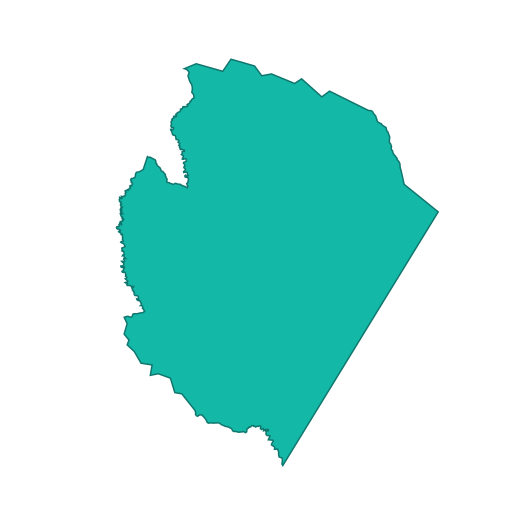 the district of Tarauacá, Acre, Brazil, rotated 114°
{"feature_id": "56859067B77196196599270", "entity_name": "Tarauacá", "entity_type": "district", "adm_level": 2, "iso_a3": "BRA", "parent_name": "Brazil", "parent_adm1": "Acre", "projection": "robinson", "projection_center": [-71.381, -8.261], "detail": "fine", "context": "isolated", "style": "filled", "palette": "teal", "viewbox_px": 512, "rotation_deg": 114, "n_neighbors": 0, "source": "geoboundaries", "source_scale": "gbopen_adm2", "svg_char_len": 6143}
<svg xmlns="http://www.w3.org/2000/svg" viewBox="0 0 512 512"><g transform="rotate(114 256 256)"><path d="M75.5,255.9L83.9,260.6L75.6,286.4L82.7,290.9L83.4,315.9L89.0,324.1L83.0,334.6L86.4,358.9L100.8,361.5L104.7,388.8L114.0,397.6L113.8,396.3L113.9,394.7L114.6,393.1L115.5,392.1L116.3,391.4L118.1,391.6L119.5,391.1L123.3,387.6L124.8,385.7L125.2,384.8L126.8,383.5L128.7,382.3L129.6,382.2L130.0,381.7L132.5,381.3L134.1,378.5L136.9,376.9L138.3,378.1L140.3,378.5L140.9,378.2L141.5,379.1L142.7,378.8L144.2,379.3L144.6,379.9L145.2,379.7L145.7,380.5L146.9,379.5L147.5,379.7L148.4,381.8L149.2,382.1L149.1,383.3L149.8,383.5L151.3,383.2L152.6,384.7L153.5,384.1L155.3,384.4L156.6,385.8L157.7,386.3L158.7,386.3L159.1,386.9L159.9,386.3L160.4,385.5L161.2,385.7L161.5,386.2L161.2,387.1L162.0,388.0L163.2,387.1L163.9,387.9L165.3,388.5L165.8,387.6L167.5,388.2L168.6,387.9L169.1,387.1L172.0,386.6L172.8,385.6L172.3,383.5L173.5,383.2L174.3,383.2L174.7,383.9L174.5,384.7L175.0,385.5L175.5,385.2L176.7,383.5L179.0,381.6L179.2,380.5L178.8,378.8L179.3,378.2L182.0,376.4L181.6,374.5L181.8,373.6L182.4,373.3L183.8,373.5L184.3,371.3L186.4,371.5L186.5,370.3L187.1,370.0L187.7,370.2L188.2,369.8L188.6,368.2L189.4,368.4L189.4,367.7L188.7,367.1L188.5,364.9L188.7,364.3L189.6,364.0L190.1,365.2L190.8,365.9L192.2,365.1L193.7,365.5L193.9,363.2L195.6,362.6L196.4,363.0L197.5,362.7L197.2,361.7L196.1,360.4L195.8,359.3L196.4,358.7L198.2,358.3L199.8,360.1L200.6,360.1L201.7,358.3L202.5,357.7L203.1,357.5L203.8,358.1L204.7,357.7L205.2,356.0L205.9,355.6L206.9,355.7L208.3,356.5L209.1,356.0L207.8,354.1L207.5,353.0L209.3,351.8L210.0,350.6L210.8,351.1L211.2,352.3L210.7,353.2L211.3,353.6L211.9,353.5L212.7,352.7L212.0,350.0L213.8,348.8L215.5,348.5L216.3,347.9L217.9,348.8L219.4,347.5L219.7,346.6L221.7,346.7L221.4,348.7L221.7,352.9L221.3,353.7L221.5,355.1L222.2,356.8L222.2,358.6L222.6,359.4L223.9,360.4L224.2,361.0L224.5,364.5L224.3,365.1L224.8,366.7L224.7,367.7L221.9,368.5L221.1,369.9L220.0,370.7L219.7,371.5L218.4,371.9L216.7,375.6L216.9,377.0L214.6,379.3L213.5,382.9L212.6,384.1L211.9,384.4L211.7,385.3L209.9,386.3L209.2,387.1L208.8,392.9L209.7,394.7L209.4,395.6L222.8,394.2L225.5,396.0L227.2,397.7L227.9,399.0L228.6,399.4L230.6,399.3L231.6,398.8L233.1,398.5L235.3,400.1L235.7,401.1L236.2,401.4L237.0,401.6L237.7,401.3L237.9,400.5L238.4,400.0L239.3,400.2L240.0,398.3L242.3,398.0L242.3,398.9L242.9,399.6L243.7,398.9L244.3,399.4L245.2,398.4L247.5,400.2L247.9,399.5L249.4,402.0L250.1,401.8L250.7,400.5L251.8,401.1L253.2,400.1L255.1,400.5L255.2,401.3L255.8,401.7L256.2,403.1L257.0,402.2L258.2,402.0L258.2,402.9L257.7,403.8L257.8,404.5L259.3,403.7L260.0,403.9L261.7,402.8L261.6,401.2L262.7,401.3L263.4,399.9L264.2,400.6L265.0,400.3L265.9,398.7L265.6,397.9L266.9,398.1L267.0,399.0L268.7,398.9L268.0,397.7L269.9,396.9L269.9,398.0L270.6,397.8L271.2,397.3L271.6,395.0L272.2,395.7L272.6,397.1L273.1,396.7L274.5,395.3L274.9,394.6L274.8,393.8L275.3,393.3L275.8,393.7L275.9,392.1L276.7,391.8L276.8,392.7L277.4,392.8L277.9,392.2L278.5,392.1L279.7,393.9L281.0,392.0L282.0,391.6L281.1,393.8L281.6,394.0L282.3,393.5L283.2,393.9L283.7,393.0L284.5,393.1L286.0,395.1L286.7,395.1L287.4,394.4L287.7,393.3L287.2,392.7L287.6,390.6L288.0,390.1L288.5,390.3L288.9,391.2L289.7,391.4L290.5,387.2L291.3,387.7L291.3,386.8L292.6,385.6L293.4,385.6L293.9,385.0L295.0,384.9L295.9,383.6L296.6,383.4L297.6,385.0L298.4,385.2L298.7,383.8L298.5,382.2L300.3,379.6L301.0,379.5L303.3,381.8L304.0,381.5L305.0,380.2L305.9,380.6L306.0,378.4L308.1,377.1L309.4,378.1L310.1,378.1L309.4,377.3L309.9,376.3L310.6,375.9L311.3,374.2L311.6,375.6L312.7,375.7L314.3,373.9L315.2,374.2L315.4,375.0L315.1,376.0L315.5,376.6L316.6,373.7L317.9,373.1L319.7,374.3L320.2,376.0L320.4,375.0L321.1,374.5L320.9,373.5L319.7,372.4L319.8,371.6L320.4,371.2L321.0,372.0L323.1,371.2L324.5,372.2L325.1,371.6L325.1,370.6L324.4,370.1L324.2,368.9L324.8,368.1L325.6,368.0L326.2,367.2L327.7,366.9L327.5,366.0L328.0,365.4L328.8,365.2L330.0,366.2L331.0,362.9L332.0,363.1L333.5,364.8L333.7,363.9L332.7,362.8L333.2,362.1L334.0,362.5L334.9,362.3L335.2,361.4L334.2,359.2L334.2,358.4L334.7,357.6L333.5,355.4L334.1,355.1L334.9,356.7L335.8,356.4L336.5,355.1L337.3,355.1L337.6,353.9L338.5,353.5L338.5,352.4L340.5,351.8L340.9,351.3L341.3,350.5L340.4,347.9L341.0,347.0L342.3,346.3L342.9,346.5L342.8,345.7L343.6,345.6L343.7,347.5L344.4,346.9L344.7,345.6L344.1,343.9L346.6,341.0L347.3,340.9L348.2,341.3L347.8,340.4L348.1,339.3L349.4,338.3L350.0,338.4L350.7,336.4L351.4,336.1L352.0,335.2L354.1,336.7L355.1,338.6L357.3,341.4L358.2,343.7L359.0,344.7L361.5,344.6L362.6,345.0L363.1,346.8L363.1,348.2L363.6,349.2L365.6,351.5L370.2,346.2L381.0,344.7L384.4,337.9L389.6,337.5L392.8,328.3L400.7,317.4L397.8,306.6L408.0,304.0L403.3,297.4L402.4,284.5L413.8,274.6L412.1,267.7L421.8,249.1L423.7,247.3L425.1,247.0L426.0,245.8L426.3,244.4L424.1,242.8L423.1,240.6L423.7,240.0L423.8,239.2L425.8,235.2L427.7,233.2L428.1,231.6L426.7,229.2L426.3,227.7L423.5,222.0L424.1,219.0L424.1,214.8L423.5,212.1L423.6,208.2L425.2,206.1L425.4,205.1L424.6,203.3L424.1,200.3L422.2,196.9L421.5,196.5L421.5,194.7L421.8,194.0L420.4,193.0L417.7,193.9L416.3,192.9L415.4,193.1L415.0,192.1L413.9,191.1L413.0,191.2L411.9,189.3L412.5,188.7L412.0,187.7L412.4,186.8L411.1,185.8L410.8,184.7L409.6,183.4L409.5,182.5L412.0,181.7L412.2,180.4L410.7,179.2L411.1,178.5L412.6,178.1L411.9,177.3L411.1,177.1L410.0,175.7L409.6,174.1L410.3,173.6L411.0,174.0L411.2,175.8L411.9,176.2L412.5,175.3L415.0,174.2L415.5,172.8L414.7,170.9L414.8,170.0L418.9,170.0L417.4,165.5L418.3,164.9L420.2,165.3L422.3,165.1L422.7,162.2L423.2,161.1L425.1,160.5L423.7,157.8L425.5,155.8L429.1,154.1L430.2,153.0L430.0,150.1L430.5,149.6L431.6,148.9L435.5,147.7L436.5,146.3L141.6,107.5L130.3,149.8L117.9,159.0L117.5,159.7L113.0,162.2L112.3,163.3L111.7,163.7L110.4,166.5L109.3,166.9L108.5,168.8L107.9,169.4L107.9,170.1L106.2,172.7L104.5,174.0L103.5,175.7L102.6,176.3L100.7,176.8L98.8,178.7L98.0,180.3L97.4,180.7L93.0,182.2L89.0,186.0L88.3,187.6L85.8,189.4L85.2,193.5L84.1,195.7L84.3,197.0L83.9,199.4L82.7,201.1L82.0,201.1L80.9,202.5L79.6,203.3L78.1,206.4L76.6,208.4L76.4,209.9L77.3,212.5L75.5,255.9Z" fill="#14b8a6" stroke="#0f766e" stroke-width="1.5"/></g></svg>